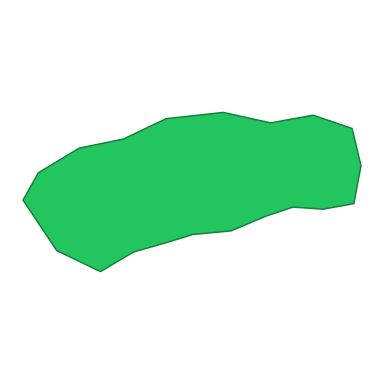 Santa Cruz de Minas, Minas Gerais, Brazil
{"feature_id": "56859067B4743416484635", "entity_name": "Santa Cruz de Minas", "entity_type": "district", "adm_level": 2, "iso_a3": "BRA", "parent_name": "Brazil", "parent_adm1": "Minas Gerais", "projection": "natural_earth1", "projection_center": [-44.215, -21.121], "detail": "fine", "context": "isolated", "style": "filled", "palette": "green", "viewbox_px": 384, "rotation_deg": 0, "n_neighbors": 0, "source": "geoboundaries", "source_scale": "gbopen_adm2", "svg_char_len": 380}
<svg xmlns="http://www.w3.org/2000/svg" viewBox="0 0 384 384"><path d="M313.1,115.2L270.6,122.9L223.3,112.4L166.0,118.7L123.5,139.0L79.2,148.1L38.4,172.7L23.0,200.1L56.7,250.6L100.4,271.6L133.5,252.0L165.4,242.9L192.6,234.5L231.0,230.9L265.8,216.2L293.0,207.1L323.1,209.2L353.9,203.6L361.0,165.7L352.1,128.5L313.1,115.2Z" fill="#22c55e" stroke="#15803d" stroke-width="1.5"/></svg>